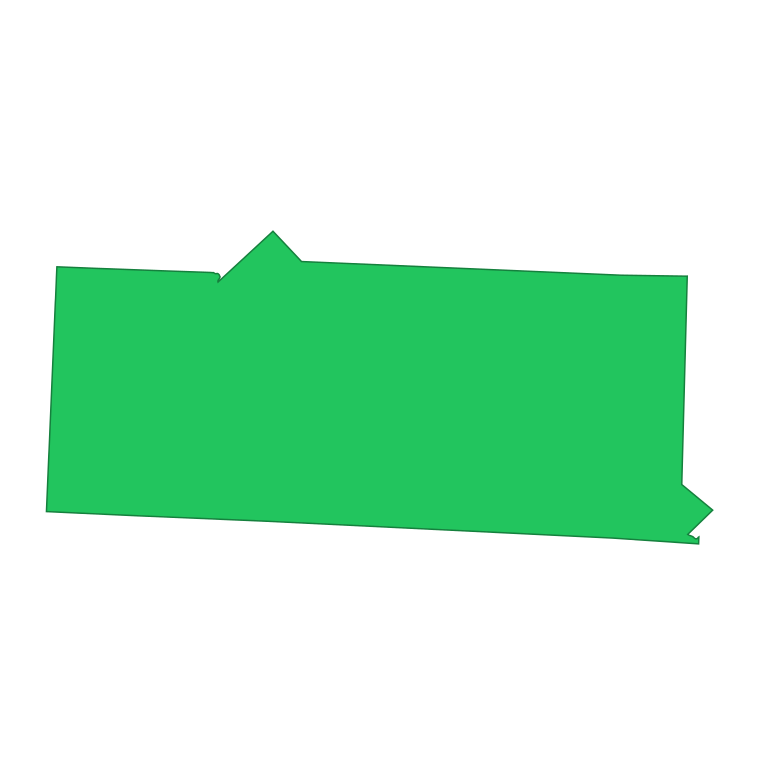 Conesa, Río Negro, Argentina (orthographic projection), rotated 182°
{"feature_id": "61730980B12252554718289", "entity_name": "Conesa", "entity_type": "district", "adm_level": 2, "iso_a3": "ARG", "parent_name": "Argentina", "parent_adm1": "Río Negro", "projection": "orthographic", "projection_center": [-64.29, -40.178], "detail": "fine", "context": "isolated", "style": "filled", "palette": "green", "viewbox_px": 768, "rotation_deg": 182, "n_neighbors": 0, "source": "geoboundaries", "source_scale": "gbopen_adm2", "svg_char_len": 1183}
<svg xmlns="http://www.w3.org/2000/svg" viewBox="0 0 768 768"><g transform="rotate(182 384 384)"><path d="M716.9,244.7L716.4,244.7L714.4,244.7L681.8,244.3L625.2,243.7L500.4,242.8L150.0,238.0L64.0,235.2L64.0,242.1L64.7,241.6L64.9,241.2L65.2,240.8L65.6,240.4L66.1,240.3L66.4,240.2L66.9,240.1L67.3,240.2L67.8,240.4L68.1,240.6L68.5,240.9L69.0,241.3L69.4,241.8L69.7,242.0L70.1,242.1L70.7,242.5L71.3,242.7L71.6,242.8L72.1,243.0L72.5,243.1L72.9,243.2L73.5,243.4L74.0,243.6L74.7,244.0L75.2,244.3L51.1,269.4L82.9,293.9L83.0,302.4L84.7,502.4L86.0,502.3L150.8,501.0L290.6,502.1L470.7,503.5L499.6,532.1L500.3,532.8L553.4,480.1L553.6,480.7L553.6,481.0L553.5,481.5L553.3,482.1L553.0,482.4L552.7,482.9L552.5,483.3L552.2,483.7L551.9,484.3L551.8,484.7L551.6,485.1L551.6,485.5L552.1,486.3L552.4,487.2L552.9,487.7L553.4,488.2L553.8,488.4L554.2,488.6L554.8,488.6L555.4,488.4L556.1,488.4L556.6,488.4L557.2,488.7L557.7,489.0L557.9,489.2L558.4,489.4L559.0,489.3L559.5,489.3L561.3,489.4L607.9,489.4L662.4,489.5L675.5,489.5L712.6,489.7L714.9,489.7L715.0,489.7L715.1,478.9L715.1,474.6L715.2,457.8L715.3,454.0L716.4,306.8L716.5,299.7L716.9,244.7Z" fill="#22c55e" stroke="#15803d" stroke-width="1.5"/></g></svg>